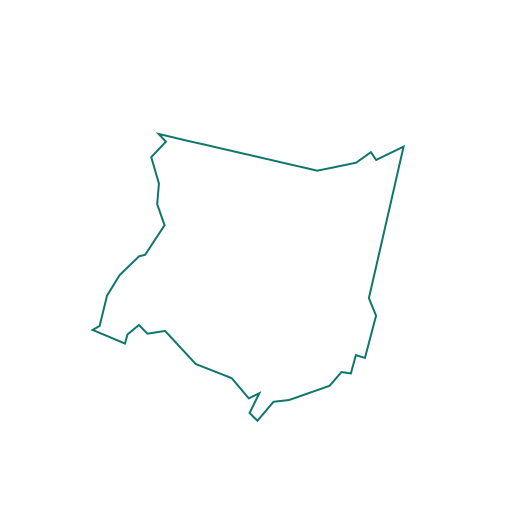 Newton, Georgia, United States of America (orthographic projection), rotated 66°
{"feature_id": "52423323B35386078510712", "entity_name": "Newton", "entity_type": "district", "adm_level": 2, "iso_a3": "USA", "parent_name": "United States of America", "parent_adm1": "Georgia", "projection": "orthographic", "projection_center": [-83.861, 33.556], "detail": "fine", "context": "isolated", "style": "outline", "palette": "teal", "viewbox_px": 512, "rotation_deg": 66, "n_neighbors": 0, "source": "geoboundaries", "source_scale": "gbopen_adm2", "svg_char_len": 738}
<svg xmlns="http://www.w3.org/2000/svg" viewBox="0 0 512 512"><g transform="rotate(66 256 256)"><path d="M216.1,76.7L217.1,107.2L207.9,108.8L211.5,126.6L203.0,165.3L202.7,165.7L186.8,186.8L168.2,211.4L157.3,225.9L140.0,248.9L136.6,253.3L122.7,272.0L112.8,284.9L104.9,295.3L114.9,291.8L123.1,311.5L150.3,315.2L168.5,325.2L190.7,327.0L209.8,356.8L208.7,362.9L217.9,388.2L231.6,408.2L256.3,427.3L257.1,435.3L282.7,411.3L275.4,405.3L271.4,391.0L282.8,386.8L287.5,369.5L330.2,355.0L357.7,327.9L383.1,320.5L382.7,308.8L396.8,325.7L407.1,321.7L396.3,299.3L401.0,284.5L404.5,241.6L396.8,225.1L401.9,217.1L387.2,205.1L393.4,197.9L359.4,170.6L340.4,170.0L314.6,150.6L237.2,92.5L216.1,76.7Z" fill="none" stroke="#0f766e" stroke-width="2"/></g></svg>